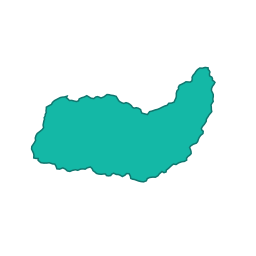 Benedito Novo, Santa Catarina, Brazil (Equal Earth projection), rotated 65°
{"feature_id": "56859067B31440957886424", "entity_name": "Benedito Novo", "entity_type": "district", "adm_level": 2, "iso_a3": "BRA", "parent_name": "Brazil", "parent_adm1": "Santa Catarina", "projection": "equal_earth", "projection_center": [-49.441, -26.794], "detail": "fine", "context": "isolated", "style": "filled", "palette": "teal", "viewbox_px": 256, "rotation_deg": 65, "n_neighbors": 0, "source": "geoboundaries", "source_scale": "gbopen_adm2", "svg_char_len": 2884}
<svg xmlns="http://www.w3.org/2000/svg" viewBox="0 0 256 256"><g transform="rotate(65 128 128)"><path d="M135.0,209.7L136.4,207.3L136.6,203.9L138.7,202.2L141.3,201.1L142.8,199.0L142.9,196.4L143.6,193.3L145.1,191.4L145.2,188.3L146.1,186.0L147.2,184.2L146.9,181.8L147.4,178.6L149.6,177.7L151.9,177.7L154.1,176.5L155.8,175.8L157.3,174.1L158.7,171.7L159.4,169.4L160.2,167.8L162.0,167.6L163.1,166.0L163.8,163.8L162.9,162.2L162.9,160.1L165.1,158.3L166.1,156.4L167.4,155.1L169.6,153.6L169.5,150.8L168.7,148.5L169.9,146.3L172.6,146.2L174.9,146.8L176.3,145.5L177.4,143.9L179.0,142.3L180.5,140.8L182.1,138.8L183.4,136.6L183.6,133.7L182.0,131.9L182.0,129.4L183.0,126.2L184.2,123.9L183.9,121.0L182.8,119.0L181.8,115.6L183.7,114.3L183.9,112.1L182.4,111.1L181.7,108.3L180.9,105.9L180.3,104.0L179.9,102.0L181.4,99.9L181.0,96.9L181.3,93.5L182.1,91.0L181.9,88.4L180.1,87.7L179.1,85.7L178.7,83.5L177.9,81.6L175.9,80.8L173.9,80.5L171.8,80.5L170.8,79.0L170.3,75.8L170.6,72.5L169.8,70.7L168.1,69.1L166.6,67.4L165.4,65.3L164.7,62.4L162.7,61.2L161.0,62.0L159.3,61.6L158.1,59.9L156.9,57.3L155.1,54.4L153.0,53.1L151.6,50.8L150.4,49.0L149.6,47.3L148.6,45.2L146.4,44.6L144.1,43.6L142.3,43.1L141.2,41.7L140.0,39.6L137.6,38.9L135.5,37.4L133.7,36.6L131.9,36.5L129.4,36.6L127.4,35.5L125.9,33.8L124.7,31.6L123.4,29.9L121.7,30.5L120.4,31.3L119.0,30.6L117.5,30.5L115.2,32.0L113.3,31.3L111.9,30.1L110.4,30.1L108.9,30.6L107.3,30.0L105.7,32.5L105.2,35.4L104.0,37.6L104.5,40.5L105.6,42.8L106.7,44.4L107.7,46.7L109.1,48.5L110.7,49.1L112.3,50.2L112.7,52.2L111.7,54.0L110.6,56.0L110.9,58.1L111.0,61.2L111.0,63.3L112.3,65.1L114.1,65.7L115.0,67.9L117.0,69.6L118.4,70.2L119.8,70.9L121.1,71.9L122.4,73.5L124.0,75.3L123.8,78.2L122.8,80.5L124.0,83.0L123.6,85.5L123.6,88.2L123.7,91.3L123.6,93.4L123.1,95.8L122.8,99.1L122.3,101.5L124.0,104.7L120.4,109.1L118.5,109.1L116.6,108.8L114.5,110.2L113.1,111.9L112.6,114.1L111.2,115.2L109.2,115.5L107.4,116.3L105.7,117.4L104.2,119.1L104.0,121.4L102.6,122.9L101.0,124.1L99.3,124.9L97.0,125.1L94.3,125.4L92.4,127.5L91.0,129.7L89.8,131.1L88.8,132.9L89.6,136.6L89.4,139.8L87.9,141.1L86.7,142.3L86.3,144.1L86.9,146.6L85.3,149.0L83.3,150.3L81.3,151.7L81.4,154.6L81.0,157.3L81.0,159.9L82.4,161.3L82.3,163.4L80.9,165.3L79.2,167.3L78.3,169.5L76.5,170.1L74.7,171.0L73.4,169.7L73.0,172.6L72.3,174.4L71.8,176.5L71.9,178.8L72.0,181.0L72.1,183.1L72.9,185.6L74.3,187.4L74.4,190.4L74.6,193.2L76.2,194.0L77.9,195.1L79.4,195.5L80.6,197.2L82.3,198.1L83.2,199.6L84.8,200.0L86.1,201.3L87.5,202.3L89.4,203.7L92.1,204.4L93.1,206.3L93.8,208.9L94.6,212.6L95.9,214.5L97.9,216.3L100.2,217.0L101.7,219.0L102.6,220.5L104.1,223.0L106.3,224.3L107.7,224.3L109.3,224.3L111.0,224.3L113.0,224.8L115.3,226.1L116.7,224.3L117.7,222.3L119.3,223.1L121.0,222.4L122.6,221.6L124.2,219.2L125.5,216.3L126.2,214.1L127.4,212.8L128.7,211.5L129.8,209.6L132.3,209.4L135.0,209.7Z" fill="#14b8a6" stroke="#0f766e" stroke-width="1.5"/></g></svg>